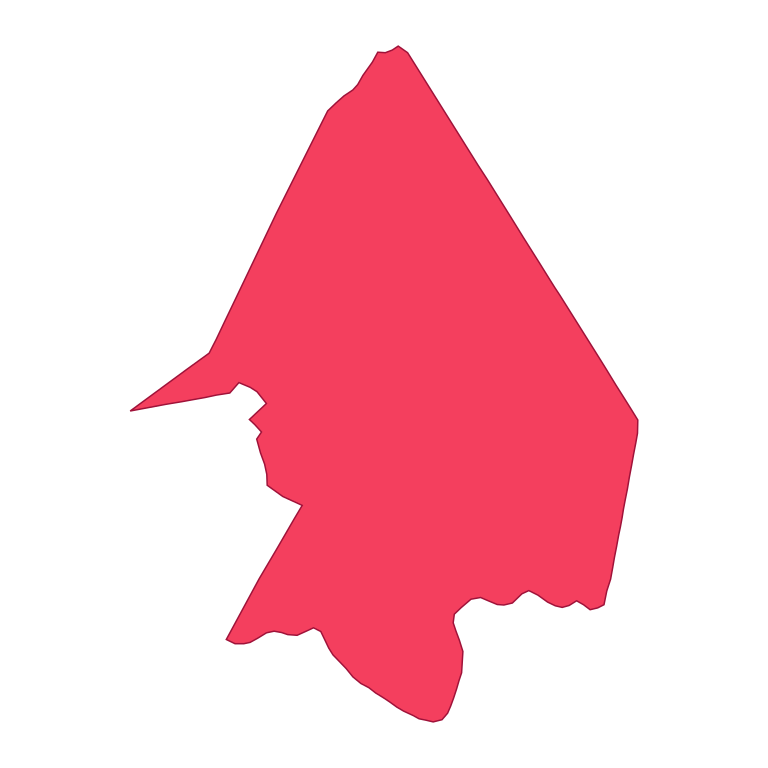 outline of São Pedro da Aldeia, Rio de Janeiro, Brazil
{"feature_id": "56859067B72272137778609", "entity_name": "São Pedro da Aldeia", "entity_type": "district", "adm_level": 2, "iso_a3": "BRA", "parent_name": "Brazil", "parent_adm1": "Rio de Janeiro", "projection": "natural_earth1", "projection_center": [-42.128, -22.782], "detail": "fine", "context": "isolated", "style": "filled", "palette": "rose", "viewbox_px": 768, "rotation_deg": 0, "n_neighbors": 0, "source": "geoboundaries", "source_scale": "gbopen_adm2", "svg_char_len": 1754}
<svg xmlns="http://www.w3.org/2000/svg" viewBox="0 0 768 768"><path d="M130.2,411.0L166.0,404.3L181.8,401.7L193.3,399.6L205.1,397.5L216.3,395.1L229.8,393.0L238.9,382.6L250.1,387.3L257.0,391.7L266.4,403.5L249.4,419.5L254.8,424.6L261.5,432.0L256.7,439.1L260.5,452.9L264.6,464.1L266.8,474.4L267.2,485.3L282.8,496.5L302.2,505.4L294.3,518.7L285.5,533.9L276.8,548.9L259.2,578.7L226.3,639.5L235.0,643.7L243.9,643.7L250.1,642.4L257.7,638.2L266.5,632.8L274.1,631.2L281.5,632.5L287.7,634.6L297.1,635.3L306.2,631.2L313.5,627.8L320.8,631.5L324.9,640.0L328.8,648.2L333.0,654.9L338.6,660.7L346.2,668.6L352.9,676.9L360.9,683.5L368.9,687.7L375.8,693.1L382.7,697.3L389.5,701.8L397.1,707.3L403.6,711.1L412.7,715.3L419.1,718.8L425.6,720.1L433.2,721.9L442.0,719.7L447.6,713.2L450.7,706.0L453.6,698.1L456.6,688.9L459.1,680.3L461.6,672.8L462.9,651.5L459.4,640.3L455.9,630.9L453.2,622.8L454.3,614.2L461.2,607.6L471.0,599.2L480.6,597.5L488.3,600.8L497.2,604.5L503.9,605.0L512.4,603.0L521.9,593.8L528.8,590.6L537.9,595.1L547.6,602.1L555.3,605.8L562.2,607.4L569.1,605.5L576.6,600.8L583.5,604.7L590.1,609.7L597.7,607.9L604.0,604.7L606.8,590.9L610.6,579.2L612.7,567.6L614.4,557.7L616.6,546.5L618.7,534.9L620.4,526.9L622.1,517.7L623.5,508.9L625.3,499.5L627.4,489.0L629.4,477.0L631.6,465.4L633.6,454.2L635.8,442.9L637.5,433.3L637.8,420.0L631.2,409.3L623.8,397.5L616.0,385.2L605.8,368.5L600.9,360.6L559.9,295.3L555.0,287.9L550.1,280.1L539.9,263.7L523.2,237.2L511.4,218.1L487.0,179.0L477.9,165.0L407.6,52.7L398.2,46.1L392.2,50.1L385.3,52.7L377.8,52.2L372.4,62.1L362.9,75.4L357.7,84.6L352.8,90.0L344.1,95.8L336.4,102.6L327.7,110.9L276.5,213.1L236.5,296.9L224.5,321.9L216.2,339.4L212.7,346.2L209.2,353.1L186.2,369.8L130.2,411.0Z" fill="#f43f5e" stroke="#9f1239" stroke-width="1.5"/></svg>